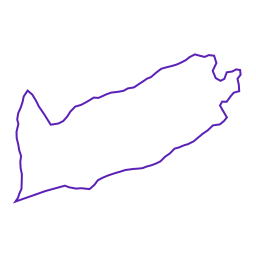 Uniflor, Paraná, Brazil
{"feature_id": "56859067B30041456320197", "entity_name": "Uniflor", "entity_type": "district", "adm_level": 2, "iso_a3": "BRA", "parent_name": "Brazil", "parent_adm1": "Paraná", "projection": "natural_earth1", "projection_center": [-52.102, -23.067], "detail": "fine", "context": "isolated", "style": "outline", "palette": "violet", "viewbox_px": 256, "rotation_deg": 0, "n_neighbors": 0, "source": "geoboundaries", "source_scale": "gbopen_adm2", "svg_char_len": 1362}
<svg xmlns="http://www.w3.org/2000/svg" viewBox="0 0 256 256"><path d="M226.9,117.4L222.3,109.6L220.0,105.5L222.2,101.6L226.6,101.8L231.1,95.7L233.9,92.6L239.2,91.2L238.8,84.7L237.5,78.8L240.6,74.7L240.1,70.0L236.2,69.4L232.3,71.5L226.8,72.3L224.3,78.9L220.5,80.8L215.7,78.1L212.7,70.8L216.4,63.0L214.1,55.7L208.8,55.1L204.7,56.9L199.6,55.7L194.9,54.4L189.6,57.1L185.7,60.2L179.8,63.2L176.2,64.7L171.4,66.1L166.8,67.2L161.2,68.8L156.1,72.7L151.0,77.1L147.1,78.6L142.6,81.7L138.7,84.2L134.0,87.4L127.9,88.4L123.5,90.8L118.1,91.8L111.2,92.6L106.7,94.2L98.5,97.9L93.8,97.6L87.2,101.6L81.1,104.9L75.2,106.6L70.3,111.7L67.2,116.6L63.3,121.0L58.4,123.5L50.7,124.7L44.6,114.9L38.8,106.4L36.2,101.0L32.3,94.6L27.6,90.6L23.7,96.5L22.5,102.2L20.7,107.6L18.2,113.2L17.2,119.5L18.4,123.9L16.5,131.8L16.7,138.2L18.2,144.2L19.2,150.2L21.1,156.1L20.3,161.7L20.6,168.1L21.9,174.4L21.7,182.5L21.5,188.8L19.4,193.5L18.0,197.8L15.4,201.6L45.5,191.0L64.9,185.7L69.1,187.3L76.2,188.6L81.5,188.2L89.5,189.1L94.4,184.9L97.8,180.3L102.5,177.8L108.2,175.4L115.8,172.9L120.1,171.7L125.4,170.0L133.8,168.9L138.5,168.6L142.6,168.1L146.5,166.6L151.6,165.2L156.5,163.3L160.5,161.3L165.1,156.7L169.8,153.5L174.6,148.6L178.5,147.6L184.3,145.2L187.9,144.2L193.7,141.3L202.4,134.0L207.8,130.3L212.9,125.4L219.8,124.4L223.9,121.1L226.9,117.4Z" fill="none" stroke="#5b21b6" stroke-width="2"/></svg>